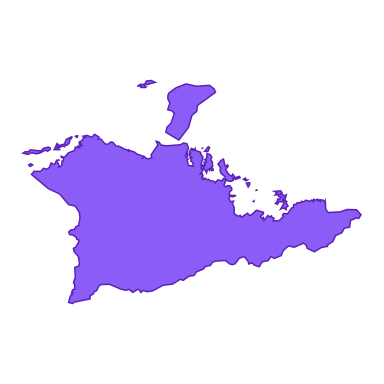 Sumbawa, Nusa Tenggara Barat, Indonesia (Albers equal-area conic projection)
{"feature_id": "22746128B848155691224", "entity_name": "Sumbawa", "entity_type": "district", "adm_level": 2, "iso_a3": "IDN", "parent_name": "Indonesia", "parent_adm1": "Nusa Tenggara Barat", "projection": "albers", "projection_center": [117.515, -8.617], "detail": "fine", "context": "isolated", "style": "filled", "palette": "violet", "viewbox_px": 384, "rotation_deg": 0, "n_neighbors": 0, "source": "geoboundaries", "source_scale": "gbopen_adm2", "svg_char_len": 5977}
<svg xmlns="http://www.w3.org/2000/svg" viewBox="0 0 384 384"><path d="M325.3,200.8L324.6,202.1L323.2,200.2L320.7,199.8L320.5,201.2L319.3,199.8L318.4,201.0L317.5,199.2L315.7,200.1L313.8,199.3L313.3,201.6L311.9,200.0L310.0,201.3L305.6,200.2L303.5,201.9L301.4,201.3L301.2,202.6L297.3,202.6L296.2,204.2L293.7,204.6L293.5,207.2L291.5,208.1L287.6,213.8L283.6,213.5L282.5,215.1L283.6,216.1L279.7,220.2L277.2,220.9L273.3,220.9L274.0,218.1L271.7,217.2L271.5,215.9L269.3,216.9L267.9,215.4L264.1,220.4L263.3,217.5L262.4,218.6L260.4,216.4L263.4,214.0L263.4,212.2L256.4,210.2L251.0,215.2L249.5,215.3L247.5,213.2L241.4,217.3L240.2,215.3L238.2,216.3L234.2,213.7L234.2,207.4L232.4,203.8L233.5,201.1L230.7,201.8L228.9,198.4L230.0,196.4L233.2,196.8L236.1,195.5L229.4,195.3L229.6,191.9L231.9,189.9L231.6,187.9L229.9,185.8L227.5,185.6L226.2,186.9L223.9,185.5L226.2,179.9L223.5,178.4L222.1,180.8L217.8,179.9L215.2,183.0L214.5,181.5L209.6,180.5L208.8,179.3L207.2,179.8L205.1,178.1L202.8,179.7L202.3,179.3L203.3,178.3L201.7,177.3L203.0,175.9L202.2,173.5L200.3,173.9L203.0,170.2L202.8,168.9L201.5,169.1L201.1,167.2L201.8,165.9L200.9,165.0L203.0,157.3L200.4,153.5L200.7,152.3L195.5,150.4L195.1,148.6L194.3,150.1L192.2,150.3L191.6,149.7L193.4,149.2L191.5,148.4L189.3,151.9L190.7,153.2L189.4,154.0L190.2,156.3L191.7,157.5L190.0,157.8L191.2,159.5L190.8,161.2L192.7,162.4L193.3,166.2L188.4,165.4L187.1,160.3L188.2,159.1L186.0,157.0L187.9,156.1L187.5,153.4L185.9,154.5L188.5,148.3L186.9,143.7L183.5,143.0L180.2,144.8L166.3,145.8L161.2,145.1L159.0,142.1L156.2,141.4L157.9,144.9L151.1,154.8L151.7,157.9L147.2,159.0L144.7,156.9L142.7,157.9L143.7,156.3L137.3,154.2L134.2,151.9L129.3,150.4L128.6,152.0L128.6,149.7L126.3,149.9L118.7,146.1L116.2,146.3L112.9,142.3L110.8,142.0L107.8,144.3L105.1,143.9L100.8,139.0L98.0,139.0L99.1,137.0L94.4,134.3L92.0,137.3L87.2,135.4L83.2,136.2L85.5,137.2L83.2,137.9L82.5,140.2L79.2,142.2L79.3,144.3L79.9,144.6L79.4,142.6L79.8,141.9L81.9,145.8L77.8,146.2L79.3,147.8L75.3,147.1L74.5,150.5L68.5,152.8L64.8,157.0L63.2,157.0L63.6,160.7L62.1,161.0L61.6,165.7L60.4,166.6L59.0,166.9L59.5,166.1L56.5,160.6L54.8,163.9L53.0,164.2L51.2,162.9L49.4,167.3L47.1,169.2L43.5,168.3L40.6,171.4L33.1,171.3L34.1,171.5L31.4,174.4L48.3,188.6L59.6,193.9L68.6,204.6L75.1,206.0L79.3,212.3L80.0,218.1L78.5,225.6L76.2,226.4L74.4,229.4L70.5,230.1L68.7,232.1L69.7,234.6L73.0,235.0L76.1,237.2L76.8,239.4L78.6,239.8L78.8,241.9L75.6,247.4L73.4,248.3L74.0,251.3L78.3,256.5L79.5,263.0L78.7,266.1L74.8,267.4L75.3,277.0L73.5,282.7L74.8,285.1L74.6,289.3L72.9,289.6L71.7,291.9L73.0,292.6L71.3,293.8L72.1,294.7L70.4,295.9L68.6,302.4L72.5,303.5L74.5,302.1L90.1,298.9L90.0,295.7L93.3,294.0L94.0,291.9L96.5,290.8L99.1,285.6L101.5,284.5L109.5,284.3L120.8,289.1L125.9,290.3L128.9,289.3L132.8,292.4L137.6,289.3L139.6,290.1L140.8,292.4L143.5,290.5L146.9,291.7L152.3,291.0L163.2,285.2L172.6,284.1L180.4,279.2L183.2,280.4L189.0,276.2L194.1,275.4L196.4,271.9L203.7,268.8L205.1,266.6L210.4,265.4L212.5,262.3L215.6,261.1L225.4,260.5L229.7,264.0L232.5,264.6L234.9,263.9L239.3,258.2L244.2,256.6L248.0,261.1L248.8,264.0L252.3,262.9L254.2,265.1L259.3,266.8L262.0,261.9L268.2,260.6L270.9,256.6L274.3,258.4L281.2,255.6L283.2,250.6L288.4,246.0L294.3,247.2L303.5,243.2L306.0,244.9L307.2,248.3L314.4,251.8L321.4,247.5L327.4,246.4L328.0,244.6L332.9,241.5L335.6,235.6L341.8,232.8L344.2,228.3L349.7,227.1L350.5,220.4L357.0,217.8L358.7,218.5L361.0,214.7L356.5,209.7L347.1,209.5L339.9,211.9L328.2,212.5L325.7,209.2L325.3,200.8ZM186.1,83.9L176.2,87.7L169.2,92.7L168.0,94.9L167.8,98.5L169.8,103.1L167.7,109.8L171.7,110.7L174.4,113.4L171.0,123.3L167.2,126.9L165.8,132.3L178.9,140.0L188.4,127.6L192.0,115.3L196.7,111.4L197.5,105.4L215.5,92.3L214.1,88.9L209.4,85.3L196.6,86.3L186.1,83.9ZM224.9,165.6L223.5,159.1L221.1,160.3L218.0,164.1L220.8,168.2L219.9,169.9L220.9,173.3L225.1,176.7L225.3,179.1L228.3,181.1L231.2,181.3L233.5,180.2L232.8,178.2L233.8,177.3L235.4,179.4L240.2,177.7L239.2,176.4L235.3,177.8L232.8,174.2L231.6,176.2L228.7,174.2L225.6,169.5L228.3,166.0L227.3,164.9L226.4,166.7L224.9,165.6ZM207.1,153.4L206.6,158.5L204.5,159.8L206.1,160.5L206.5,162.2L204.0,162.2L205.0,164.4L204.8,165.9L203.4,167.4L206.6,172.9L207.3,170.0L208.9,169.1L209.5,170.3L210.3,168.4L211.5,170.6L213.2,170.3L212.8,168.4L211.2,168.2L212.7,166.0L212.3,162.0L210.6,159.7L211.9,157.5L210.4,154.8L207.1,153.4ZM280.6,190.8L274.3,191.4L276.9,192.7L275.1,195.0L278.2,194.5L278.6,196.5L280.9,197.4L279.6,199.3L277.7,199.0L277.0,202.1L275.4,203.4L277.5,204.4L279.0,201.6L282.5,202.0L283.3,199.2L284.4,202.5L280.6,209.1L282.9,207.9L286.3,209.6L286.0,207.5L288.1,206.1L286.1,202.9L286.8,201.6L284.9,200.0L286.3,194.8L283.3,196.2L282.7,194.3L280.2,194.4L282.0,192.7L280.6,190.8ZM48.3,147.1L43.3,148.3L41.1,151.0L30.5,149.8L27.9,151.9L25.2,151.7L23.0,153.1L27.9,154.5L31.5,152.7L36.1,153.8L39.6,153.1L45.6,150.1L47.5,151.3L50.3,149.4L50.2,147.9L48.3,147.1ZM70.1,137.6L66.4,139.2L64.4,144.0L59.3,145.5L57.1,143.5L54.1,149.6L60.4,149.7L58.7,149.2L58.4,147.2L57.2,147.8L57.2,146.5L57.5,146.2L60.2,147.3L62.6,146.1L64.8,146.7L64.8,144.6L67.0,145.3L69.3,143.0L70.1,137.6ZM151.3,80.5L146.4,81.0L144.6,84.4L140.5,84.3L137.3,86.3L141.1,85.8L140.8,87.4L144.9,87.6L146.0,87.0L144.5,86.7L144.4,85.2L155.3,82.4L151.3,80.5ZM208.0,151.4L209.6,147.6L208.3,146.7L204.6,151.3L208.0,151.4ZM249.6,182.6L246.3,183.1L248.2,187.0L249.9,184.1L249.6,182.6ZM30.8,163.7L28.7,165.0L30.0,166.5L32.7,165.0L30.8,163.7ZM245.5,178.1L243.4,179.3L246.1,180.8L247.5,180.0L245.9,179.8L245.5,178.1ZM77.7,135.9L75.9,135.9L75.4,136.3L77.0,137.5L77.7,135.9ZM203.7,166.3L204.4,165.6L203.7,164.8L203.2,165.4L203.7,166.3ZM71.4,138.2L72.1,137.2L71.4,136.9L71.4,138.2ZM62.8,157.7L62.3,156.6L61.1,156.4L61.5,157.4L62.8,157.7ZM256.7,189.9L255.4,190.6L256.9,190.1L256.7,189.9ZM201.7,167.0L202.5,166.8L202.3,165.8L201.7,167.0ZM58.6,159.8L57.4,160.1L58.8,160.3L58.6,159.8ZM253.9,201.6L254.0,200.9L253.3,201.4L253.9,201.6ZM203.2,147.9L201.6,148.3L202.5,148.3L203.2,147.9Z" fill="#8b5cf6" stroke="#5b21b6" stroke-width="1.5"/></svg>